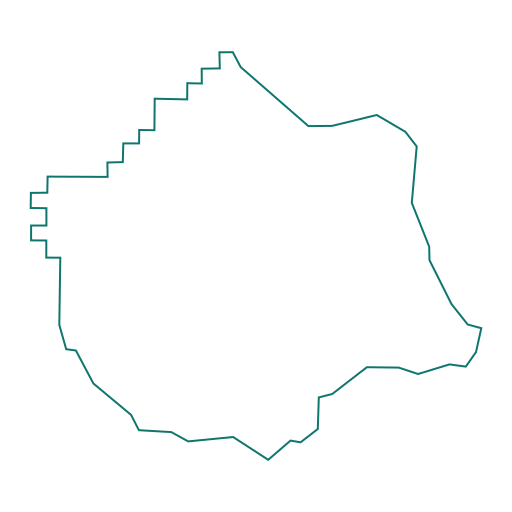 the district of Pierce, Georgia, United States of America
{"feature_id": "52423323B19551708928957", "entity_name": "Pierce", "entity_type": "district", "adm_level": 2, "iso_a3": "USA", "parent_name": "United States of America", "parent_adm1": "Georgia", "projection": "orthographic", "projection_center": [-82.235, 31.366], "detail": "fine", "context": "isolated", "style": "outline", "palette": "teal", "viewbox_px": 512, "rotation_deg": 0, "n_neighbors": 0, "source": "geoboundaries", "source_scale": "gbopen_adm2", "svg_char_len": 823}
<svg xmlns="http://www.w3.org/2000/svg" viewBox="0 0 512 512"><path d="M171.3,432.1L188.2,441.4L233.1,437.0L268.2,459.8L290.5,440.6L300.6,442.3L317.8,429.0L318.8,397.4L332.2,394.0L366.9,367.2L398.7,367.6L418.0,374.0L449.5,364.4L465.8,366.6L476.0,352.1L481.3,328.2L467.7,324.5L451.5,304.1L429.5,260.2L429.2,246.7L411.8,202.9L416.7,146.5L405.4,131.8L376.7,115.0L332.0,125.9L308.4,126.1L240.7,67.1L232.8,52.2L219.4,52.3L219.8,68.4L201.7,68.7L201.8,83.5L187.3,83.2L187.2,99.4L154.7,98.7L154.4,130.2L139.2,130.0L139.1,143.4L123.3,143.4L122.8,162.1L107.4,162.5L107.6,176.9L47.6,176.6L47.3,192.7L30.9,192.9L30.7,208.0L46.4,208.2L46.4,225.5L31.1,225.5L31.1,240.4L46.3,240.5L46.3,257.6L60.3,257.7L59.3,324.9L66.2,349.2L75.9,350.5L93.4,383.5L131.1,414.9L138.9,430.2L171.3,432.1Z" fill="none" stroke="#0f766e" stroke-width="2"/></svg>